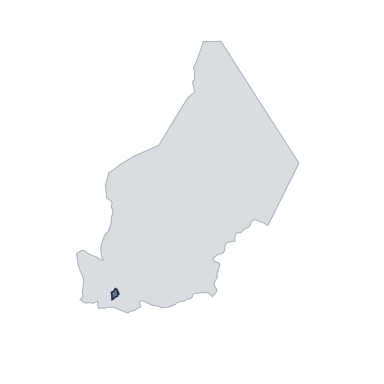 location of Mandoul Occidental, Mandoul, Chad, rotated 27°
{"feature_id": "50815135B23154120961269", "entity_name": "Mandoul Occidental", "entity_type": "district", "adm_level": 2, "iso_a3": "TCD", "parent_name": "Chad", "parent_adm1": "Mandoul", "projection": "natural_earth1", "projection_center": [17.307, 8.609], "detail": "fine", "context": "in_parent", "style": "filled", "palette": "slate", "viewbox_px": 384, "rotation_deg": 27, "n_neighbors": 0, "source": "geoboundaries", "source_scale": "gbopen_adm2", "svg_char_len": 4154}
<svg xmlns="http://www.w3.org/2000/svg" viewBox="0 0 384 384"><g transform="rotate(27 192 192)"><path d="M274.2,117.7L274.3,125.9L274.4,134.1L274.4,142.4L274.5,150.6L274.6,158.9L274.7,167.1L274.8,175.3L274.8,183.6L274.9,186.3L274.7,187.4L274.6,187.5L274.3,187.7L270.6,187.0L268.9,186.9L266.6,187.5L263.3,187.8L261.1,187.7L259.6,189.2L258.4,190.9L259.0,195.0L258.9,196.3L258.4,197.7L257.4,198.9L256.4,199.9L255.8,200.7L255.0,202.6L254.5,203.4L254.5,204.6L254.4,205.8L253.8,206.5L252.2,206.9L251.2,207.5L250.4,208.4L249.8,209.0L250.1,209.9L250.5,211.0L250.8,212.8L250.9,213.9L251.7,214.8L252.2,215.4L252.3,216.2L251.9,216.8L250.0,218.1L249.2,218.6L248.3,219.3L248.0,219.6L246.6,220.8L245.9,221.9L245.6,222.9L245.6,224.1L246.3,226.0L247.1,227.7L247.4,228.9L247.6,230.2L247.5,231.5L247.1,232.6L246.4,233.6L243.8,235.5L242.5,237.6L241.5,240.1L241.2,241.5L241.5,242.4L242.1,243.1L242.9,243.5L244.0,243.7L245.9,243.2L247.7,243.0L249.6,243.9L250.6,246.0L250.2,247.5L250.9,250.3L251.6,253.7L251.5,254.8L251.8,255.2L253.0,255.4L253.2,256.2L252.9,262.1L253.4,263.8L254.2,265.0L255.1,265.6L256.0,266.4L256.5,266.9L257.5,267.0L258.7,268.1L259.0,269.5L259.0,270.9L258.3,273.9L257.7,276.0L257.1,275.8L255.7,275.3L254.0,274.9L251.9,274.5L250.0,275.4L247.9,276.4L247.2,277.2L246.6,277.7L245.7,277.6L244.8,277.7L244.4,278.5L243.6,279.3L240.5,281.1L239.9,281.7L239.5,282.3L239.5,283.0L239.8,284.4L239.8,286.1L239.2,287.6L238.4,288.5L237.5,288.9L236.7,289.1L236.2,289.7L234.6,292.9L234.0,293.5L232.6,293.4L228.5,298.2L228.1,299.6L226.7,301.6L224.8,303.8L223.2,304.9L223.0,305.3L222.6,305.8L221.6,306.3L218.0,309.0L213.7,308.9L211.8,309.9L210.0,310.4L207.3,310.9L206.5,310.9L203.1,311.1L199.0,311.0L197.5,311.4L196.0,312.4L195.0,313.4L194.8,313.7L195.0,314.0L194.9,314.3L197.8,316.6L198.5,317.7L197.8,318.7L197.4,318.9L196.9,319.8L195.3,322.3L192.8,325.3L191.5,326.1L190.9,326.7L190.3,328.6L189.8,328.9L188.1,329.2L184.7,329.4L180.0,330.0L177.1,330.2L175.3,330.0L172.9,331.4L172.0,331.7L171.4,331.9L169.0,333.2L166.9,335.2L166.2,335.6L163.3,336.5L162.2,337.9L161.6,338.0L159.8,336.2L158.5,334.5L157.9,332.8L157.8,332.2L157.5,332.3L156.5,333.1L155.6,333.9L155.2,335.6L152.2,336.7L149.7,337.6L148.5,338.8L146.7,339.4L144.4,339.2L142.7,338.7L140.9,338.5L141.8,337.0L142.1,335.9L142.2,334.6L142.0,333.6L141.0,333.2L140.3,332.5L138.9,328.2L137.3,323.8L135.2,319.5L132.8,316.7L131.1,315.0L130.6,314.8L129.7,314.3L129.1,313.8L126.0,310.9L122.8,307.6L122.0,306.1L120.3,303.8L118.6,301.5L117.6,300.5L117.2,298.6L118.4,296.9L119.8,294.7L121.4,293.3L123.5,293.2L127.0,293.8L130.8,294.0L134.5,293.5L135.5,293.2L136.4,293.2L138.5,293.7L142.0,293.6L143.8,292.8L141.8,291.3L139.7,288.9L137.8,286.3L136.6,284.0L135.5,281.0L134.5,277.2L133.9,272.4L134.0,269.6L134.3,267.7L135.4,264.5L134.7,262.6L134.8,261.1L134.7,258.9L134.4,257.8L133.1,254.0L132.8,253.6L131.6,251.1L131.1,246.8L129.7,244.0L127.5,242.6L126.3,240.9L125.9,238.0L125.0,237.2L121.6,236.2L118.7,236.2L116.7,232.8L114.0,228.6L111.6,224.6L110.0,216.7L109.1,212.1L110.2,210.8L112.2,207.5L114.8,201.3L120.7,191.8L123.7,186.9L129.7,179.5L137.0,170.5L141.2,165.5L141.8,156.2L142.6,146.5L143.1,139.1L143.8,130.3L144.4,123.0L144.8,117.7L145.4,110.1L145.9,108.7L148.7,102.7L149.0,101.9L148.4,101.0L144.4,95.9L143.1,94.8L142.4,92.2L143.4,90.7L138.6,82.2L137.4,81.2L136.8,80.2L136.8,78.6L136.7,72.8L135.5,63.6L133.8,52.9L139.5,49.9L143.9,47.6L149.4,44.6L154.5,47.6L162.0,52.0L169.4,56.4L176.8,60.8L184.3,65.1L191.7,69.5L199.2,73.9L206.7,78.3L214.1,82.6L221.6,87.0L229.1,91.4L236.6,95.8L244.1,100.2L251.6,104.5L259.1,108.9L266.6,113.3L274.2,117.7Z" fill="#d9dde1" stroke="#a8b0b8" stroke-width="1"/><path d="M165.8,318.1L166.7,319.3L167.1,319.7L167.3,320.2L167.6,320.6L169.7,324.3L170.1,323.8L170.3,323.2L170.6,322.5L170.9,321.5L171.1,320.9L171.2,320.4L171.8,319.8L172.4,319.4L172.7,318.9L172.9,318.5L172.8,317.7L172.5,316.9L172.7,316.4L173.2,316.1L172.8,315.6L172.3,315.4L172.0,314.8L171.6,314.6L171.3,315.3L170.8,315.0L171.1,314.3L170.7,314.0L170.3,313.7L169.8,313.1L169.3,312.9L168.4,312.9L167.9,312.7L167.4,312.8L167.5,313.4L167.4,314.2L167.3,315.7L166.2,317.4L165.8,318.1Z" fill="#64748b" stroke="#1e293b" stroke-width="1.5"/></g></svg>